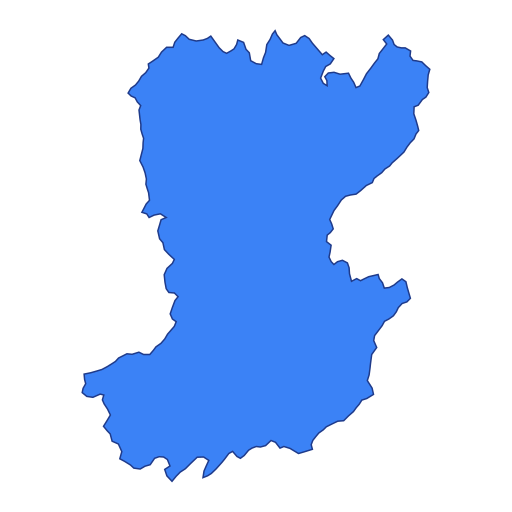 São José do Barreiro, São Paulo, Brazil (Robinson projection)
{"feature_id": "56859067B64806727211215", "entity_name": "São José do Barreiro", "entity_type": "district", "adm_level": 2, "iso_a3": "BRA", "parent_name": "Brazil", "parent_adm1": "São Paulo", "projection": "robinson", "projection_center": [-44.584, -22.754], "detail": "fine", "context": "isolated", "style": "filled", "palette": "blue", "viewbox_px": 512, "rotation_deg": 0, "n_neighbors": 0, "source": "geoboundaries", "source_scale": "gbopen_adm2", "svg_char_len": 3971}
<svg xmlns="http://www.w3.org/2000/svg" viewBox="0 0 512 512"><path d="M373.5,394.4L372.1,388.1L367.3,380.6L369.1,374.9L370.0,368.2L370.5,363.6L371.7,354.5L376.7,347.5L373.7,340.6L374.6,335.6L382.1,325.7L384.5,321.3L388.9,319.0L393.4,315.8L396.3,311.8L398.3,307.6L402.1,303.5L406.9,301.9L410.4,298.3L408.7,292.5L407.3,287.7L405.9,281.7L401.9,278.9L397.5,282.1L394.1,285.0L389.3,287.5L384.3,288.1L382.5,282.8L379.3,278.6L378.1,274.5L368.7,276.7L364.7,278.6L360.5,280.7L356.7,278.6L351.5,281.3L349.5,273.8L349.1,267.8L347.4,262.9L342.4,260.3L337.5,261.7L333.9,264.5L331.2,261.7L329.0,257.1L330.1,252.0L331.1,245.2L326.5,241.6L327.2,235.1L330.3,232.6L333.2,228.9L331.7,224.0L329.7,219.5L334.0,210.5L337.5,205.8L341.3,200.0L345.5,196.3L350.3,195.0L356.1,194.1L360.5,190.7L366.3,185.5L372.3,182.6L374.0,178.5L377.2,175.9L381.7,172.7L384.9,169.0L389.6,166.0L392.1,162.9L397.3,158.3L403.9,152.1L407.1,146.9L410.2,142.8L414.0,138.9L416.0,134.0L418.7,130.5L417.7,126.3L416.0,120.3L413.8,113.8L414.1,106.8L418.2,105.2L422.4,99.5L425.9,97.1L428.8,92.5L427.2,87.6L427.6,81.3L428.2,74.9L429.8,69.3L425.6,65.6L421.8,61.9L416.8,60.9L413.0,60.4L410.0,56.1L410.6,51.0L405.3,47.9L401.5,47.9L397.2,47.0L394.1,44.5L392.5,40.1L388.3,35.1L383.3,39.6L386.7,44.0L383.3,48.4L379.3,53.5L377.9,58.8L374.4,63.2L370.7,68.3L366.5,73.7L363.5,79.5L359.9,86.0L356.0,87.6L353.7,82.3L350.9,78.1L348.5,73.2L340.1,74.2L334.0,72.3L328.3,73.0L324.8,76.7L326.9,80.6L327.1,85.7L323.3,83.4L320.6,78.1L323.3,71.1L325.7,66.5L330.3,63.9L333.9,58.6L330.1,55.6L326.1,52.1L322.3,54.7L316.7,48.2L312.3,43.1L309.1,38.5L304.7,35.6L300.7,37.5L296.2,43.3L289.0,45.4L283.0,43.0L276.8,34.7L275.1,30.7L272.4,34.1L270.1,39.4L266.8,44.6L265.6,52.4L263.5,57.7L261.6,64.4L256.2,63.7L250.7,60.7L249.3,52.8L246.0,49.3L243.6,42.4L237.8,40.0L236.6,44.5L234.0,48.9L230.8,51.0L226.6,53.3L223.0,51.6L219.1,47.7L210.8,36.1L207.4,38.4L203.2,40.0L196.2,41.0L189.2,39.3L185.4,35.7L181.7,33.8L178.3,37.8L174.8,42.2L173.1,47.3L166.6,47.3L161.5,52.1L158.3,57.2L152.4,61.3L148.3,64.0L148.9,68.1L145.7,72.7L141.5,76.3L138.7,81.1L135.5,85.0L130.9,88.3L128.1,93.1L131.1,96.0L135.1,97.8L137.3,101.9L140.7,105.6L139.0,110.0L139.5,114.5L140.1,119.8L140.9,124.5L140.8,129.3L142.2,134.2L143.6,138.3L143.1,142.8L142.9,148.5L141.5,153.9L139.8,160.6L143.1,167.1L145.1,172.9L146.4,179.0L145.9,184.2L147.2,188.5L148.6,192.8L149.5,200.3L146.2,204.0L141.9,212.3L146.8,213.9L149.1,217.5L154.1,215.1L160.4,213.8L166.2,217.5L161.1,219.7L159.6,224.9L157.8,230.9L159.6,238.8L162.9,242.7L164.4,249.6L168.8,254.3L174.3,259.4L172.4,263.4L167.0,268.4L164.2,274.7L165.0,282.3L166.2,288.7L168.9,292.5L174.4,293.0L178.1,296.7L175.0,300.5L172.4,307.4L170.2,313.9L172.4,319.0L176.2,321.7L174.3,326.4L167.6,334.1L164.8,338.9L161.0,343.3L156.0,346.8L153.4,350.3L149.8,354.5L143.6,354.5L138.9,352.2L132.1,354.3L126.9,353.8L122.4,356.1L118.6,358.0L115.4,361.5L111.2,364.2L106.6,367.0L101.9,369.5L96.9,371.0L90.6,372.8L84.1,374.1L84.6,379.5L85.7,383.7L83.1,388.3L82.2,392.6L86.8,396.4L92.9,397.3L100.2,394.1L103.8,395.0L102.4,399.9L104.2,404.0L107.5,409.0L110.4,415.0L107.0,420.7L103.5,426.3L107.4,431.0L110.2,433.9L112.1,441.2L118.4,444.0L121.8,451.6L119.8,458.8L124.5,461.3L130.5,465.0L133.8,468.1L140.2,469.0L145.0,466.2L150.2,464.7L154.6,458.3L159.1,456.7L163.6,457.0L167.4,459.5L170.0,466.0L164.7,469.4L166.9,475.9L172.0,481.3L176.2,476.2L180.2,472.1L185.4,468.7L190.6,463.5L197.2,457.2L203.6,457.0L208.8,460.4L206.0,466.5L204.0,471.1L203.0,477.6L207.6,475.8L211.4,473.4L216.0,469.0L222.0,462.3L224.6,459.1L228.8,453.5L232.6,451.4L237.0,456.5L240.4,458.3L244.2,455.5L248.6,450.2L252.0,448.1L256.2,446.5L260.4,447.0L265.6,445.6L271.0,440.5L275.5,442.3L280.0,448.1L283.9,446.5L290.0,448.4L298.5,453.5L304.0,451.9L312.4,449.3L311.2,444.7L312.8,440.4L315.7,436.7L318.8,433.0L323.3,429.8L326.3,426.8L331.7,424.1L337.7,421.2L343.7,420.7L348.5,415.9L353.5,411.5L356.3,407.6L359.3,404.1L361.8,400.1L366.8,398.5L373.5,394.4Z" fill="#3b82f6" stroke="#1e3a8a" stroke-width="1.5"/></svg>